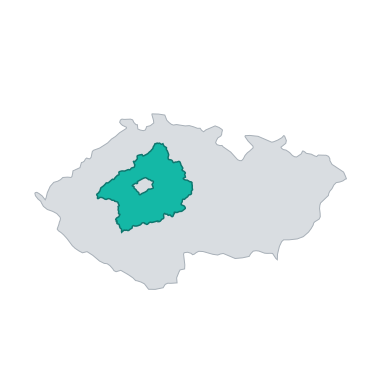 where Středočeský sits in Czechia, rotated 347°
{"feature_id": "CZE-1596", "entity_name": "Středočeský", "entity_type": "Region", "adm_level": 1, "iso_a3": "CZE", "parent_name": "Czechia", "parent_adm1": "", "projection": "mercator", "projection_center": [14.499, 50.046], "detail": "fine", "context": "in_parent", "style": "filled", "palette": "teal", "viewbox_px": 384, "rotation_deg": 347, "n_neighbors": 0, "source": "natural_earth", "source_scale": "10m", "svg_char_len": 8926}
<svg xmlns="http://www.w3.org/2000/svg" viewBox="0 0 384 384"><g transform="rotate(347 192 192)"><path d="M345.4,213.9L344.2,214.0L341.6,215.1L338.3,215.5L334.6,215.3L331.8,217.1L329.2,220.2L326.4,222.3L324.9,224.2L324.1,226.1L314.8,231.6L313.5,233.9L312.5,237.0L312.1,241.2L311.4,245.0L309.8,247.0L304.8,248.7L303.6,249.6L302.6,251.5L299.8,254.5L296.5,257.3L290.5,260.5L284.0,261.4L275.5,260.4L270.6,259.2L268.2,260.5L264.9,264.7L261.3,271.9L259.9,277.2L258.8,275.7L256.7,270.0L254.4,269.3L251.3,268.7L248.9,267.9L243.9,264.6L241.2,263.6L238.3,263.4L235.4,265.3L233.2,267.6L226.5,267.5L219.1,266.5L208.6,258.9L205.8,258.8L202.9,259.2L198.3,257.4L189.4,252.5L185.2,251.3L182.5,252.0L180.1,253.1L178.4,253.2L177.4,251.6L174.1,249.7L170.7,249.4L169.8,250.6L168.6,261.4L167.5,265.3L162.9,265.2L161.3,267.0L157.7,272.2L157.0,277.2L150.7,276.2L147.8,275.4L145.1,276.0L142.3,278.8L134.2,278.6L127.8,277.0L125.0,270.8L122.1,268.3L118.4,266.1L117.1,265.6L115.1,262.3L111.2,258.1L105.0,252.3L100.1,252.6L98.3,251.1L97.5,249.0L95.5,245.3L93.2,242.8L90.4,241.8L86.4,238.5L81.1,231.4L76.3,226.5L71.6,226.6L68.6,224.0L65.5,220.7L63.3,217.4L59.8,209.4L57.3,204.9L55.3,202.1L53.1,199.7L52.3,197.8L55.0,193.6L56.0,191.5L57.2,189.9L57.9,188.1L57.8,186.8L55.4,182.6L52.0,179.6L47.1,176.5L44.0,172.6L42.9,169.0L42.5,167.0L40.4,164.3L38.6,160.4L38.6,158.0L39.1,157.4L40.7,157.4L42.5,159.0L45.1,162.1L47.2,166.6L48.5,164.9L50.9,160.1L55.1,154.6L59.5,151.5L63.5,151.3L66.7,150.4L69.4,148.8L74.0,149.5L77.4,150.6L78.5,149.9L79.9,147.0L80.8,144.6L88.3,143.1L90.9,138.4L92.3,138.4L94.0,137.7L95.6,135.9L97.1,135.2L98.3,136.1L99.9,136.7L101.5,135.5L104.0,130.1L105.4,129.2L111.9,128.4L120.9,125.2L125.5,122.3L129.9,120.7L134.7,118.0L142.3,115.3L142.7,114.2L139.2,111.4L138.0,109.6L137.2,107.8L138.4,105.8L140.1,105.2L142.2,106.0L148.6,107.2L150.4,108.4L151.0,111.2L152.6,113.8L153.9,114.1L153.4,118.4L155.5,120.0L158.4,121.3L160.4,121.1L161.8,119.3L162.4,118.1L166.3,118.0L170.3,116.1L170.6,113.2L170.3,107.7L170.7,106.9L176.8,108.5L182.8,110.9L183.6,116.4L185.2,119.1L187.2,121.5L189.0,122.6L192.1,122.8L200.3,126.1L204.3,126.7L208.3,128.9L211.7,131.2L214.2,131.7L215.3,134.2L216.9,135.9L219.5,134.6L229.4,132.8L232.9,135.2L235.3,137.8L235.6,138.6L234.4,140.9L233.8,142.7L232.7,143.9L229.4,145.1L227.5,147.1L226.1,149.3L227.0,151.5L229.8,153.1L231.7,153.4L232.5,155.0L238.7,161.8L243.7,170.8L245.6,172.2L247.4,172.6L249.5,171.2L251.9,168.3L254.8,166.2L257.3,165.1L261.5,162.7L261.7,161.0L258.1,155.0L256.1,150.0L256.6,149.1L261.1,149.9L268.9,152.6L280.9,161.4L283.0,161.4L287.2,160.7L291.8,159.3L294.0,157.7L294.8,158.3L295.5,163.1L294.3,165.7L288.8,168.3L289.1,169.6L290.5,171.2L293.0,172.3L296.0,175.5L298.0,179.0L299.8,180.7L301.8,181.4L306.8,179.5L308.2,178.0L308.8,177.0L309.8,177.2L311.5,179.0L312.0,180.0L316.8,182.0L319.6,184.4L321.4,185.5L323.4,184.4L331.0,186.4L333.1,188.0L333.8,190.7L333.4,192.3L334.6,196.6L344.2,206.7L345.2,211.9L345.4,213.9Z" fill="#d9dde1" stroke="#a8b0b8" stroke-width="1"/><path d="M193.1,188.3L193.1,189.6L193.0,190.0L192.8,190.1L192.2,190.4L191.7,191.0L191.4,191.7L191.2,193.1L191.1,193.4L190.9,193.7L190.6,193.9L190.2,194.1L189.6,194.2L188.5,194.1L188.2,194.2L186.6,195.7L185.0,196.3L183.1,197.4L182.7,197.4L181.9,197.0L181.7,197.0L181.3,197.1L180.9,197.5L180.8,197.8L180.4,198.9L180.1,199.5L179.0,200.7L178.8,201.1L178.7,201.6L178.7,201.9L179.0,202.2L181.0,203.7L181.3,204.0L181.5,204.4L181.7,205.0L181.9,205.8L181.7,206.6L178.2,208.3L176.9,208.5L176.1,208.2L174.8,208.2L173.7,208.5L173.1,208.6L172.6,208.6L170.8,207.8L170.2,207.8L170.0,208.1L170.1,208.8L170.1,209.0L169.1,209.6L169.0,209.8L168.8,210.0L168.6,210.6L168.4,210.9L167.9,211.4L167.2,211.6L166.8,211.4L166.4,211.0L166.2,210.7L165.8,209.7L165.5,209.5L164.9,209.3L164.1,209.5L163.6,209.4L163.4,209.3L163.3,208.6L163.2,208.4L162.9,208.1L161.6,207.7L161.3,207.6L160.6,206.7L160.4,206.7L160.2,206.8L159.6,207.2L159.3,207.7L159.0,208.3L159.0,208.7L158.8,210.5L158.6,211.0L157.9,211.5L156.4,211.8L156.1,211.9L155.5,212.6L154.4,213.3L153.9,213.4L153.4,213.5L152.3,213.3L152.2,213.3L152.2,213.1L152.3,212.7L151.7,212.5L146.7,212.7L145.8,212.6L145.1,212.2L144.5,212.0L143.5,212.2L141.4,213.4L140.6,213.4L140.2,213.2L139.5,212.3L139.4,212.2L138.8,212.1L138.6,211.8L138.5,211.3L138.3,211.2L137.5,210.9L136.8,210.9L136.1,211.1L135.0,212.0L134.1,212.4L131.5,212.7L130.3,212.7L129.7,212.5L128.8,212.4L128.6,212.3L128.0,211.9L127.6,211.6L127.2,211.6L126.9,211.7L126.4,211.9L126.1,212.2L125.9,212.7L125.6,213.5L125.4,213.7L123.2,214.4L121.8,215.2L121.3,215.2L120.9,215.2L119.8,214.5L119.3,214.4L118.3,214.3L118.1,214.3L117.5,213.9L117.3,213.8L117.1,213.9L114.4,215.4L114.4,214.8L114.7,213.7L114.9,213.0L114.9,212.6L114.8,212.1L114.0,211.1L113.9,210.8L113.8,210.4L113.7,209.7L113.7,207.9L113.7,207.5L113.5,207.2L113.1,206.7L112.1,206.2L111.9,205.9L111.8,205.4L111.9,205.1L112.3,204.7L112.3,204.3L112.2,204.2L111.6,203.8L111.6,203.7L112.2,203.3L112.3,203.1L112.3,202.8L111.6,202.2L111.4,201.9L111.5,201.6L111.8,201.2L112.3,200.7L112.8,200.4L113.4,200.1L114.7,199.8L115.1,199.6L116.5,198.0L116.7,197.7L116.6,197.3L115.7,196.8L115.6,196.6L115.6,196.2L116.2,194.3L116.2,193.9L116.0,193.2L116.0,192.8L116.6,191.1L116.7,190.5L116.7,189.6L116.9,189.3L117.7,189.1L118.0,189.0L118.0,188.9L118.1,188.7L118.0,188.3L117.5,186.5L117.5,185.8L117.6,185.6L117.4,185.3L117.0,184.8L114.6,183.6L114.5,183.0L114.3,182.8L114.0,182.6L112.5,182.1L112.2,182.0L111.9,181.7L110.7,180.4L109.8,179.9L109.0,179.6L108.5,179.6L106.9,179.9L106.1,179.7L105.7,179.5L103.5,177.4L102.7,177.0L101.9,176.8L101.3,176.6L100.8,176.6L99.9,177.1L99.4,177.3L98.9,177.3L98.7,177.2L98.5,176.9L98.5,176.6L99.0,175.4L99.1,175.0L99.0,174.7L98.5,173.3L99.0,172.6L99.5,172.3L100.2,172.1L100.7,171.9L101.9,170.7L102.4,170.4L102.8,169.8L103.3,168.8L103.9,167.8L104.1,167.5L104.7,167.2L107.3,166.1L109.3,164.8L109.7,164.4L110.2,164.0L110.6,163.9L111.1,163.9L111.8,164.2L112.1,164.2L112.9,164.0L117.2,161.7L117.6,161.7L118.6,162.2L118.9,162.1L119.4,161.7L120.2,160.8L122.9,159.1L123.4,158.9L124.3,158.9L124.7,158.8L125.0,158.3L125.1,158.1L125.0,157.1L125.1,156.7L125.2,156.4L125.4,156.1L125.7,155.9L126.3,155.8L128.2,155.7L129.3,155.9L130.4,156.3L131.3,156.4L134.9,155.8L136.3,156.4L136.9,156.2L138.3,155.1L138.6,155.0L139.9,154.9L140.7,154.9L141.1,154.9L141.4,154.7L141.8,154.1L142.0,153.5L142.3,153.0L142.4,152.8L142.4,152.5L142.1,151.6L142.1,150.9L142.1,150.6L141.8,149.4L141.8,149.1L142.0,149.0L142.3,149.0L143.0,149.3L143.4,149.4L144.1,149.0L145.4,147.9L146.1,147.5L146.4,146.6L146.4,145.6L146.5,145.1L146.8,144.5L147.2,144.3L147.7,144.2L149.7,144.1L150.5,144.2L151.2,144.2L151.6,144.2L151.8,144.4L151.9,144.5L152.0,145.3L152.2,145.7L152.3,145.8L152.7,145.9L153.5,145.8L157.6,144.7L159.4,143.5L161.1,142.7L162.0,141.9L163.1,141.2L163.5,140.9L163.8,140.5L164.5,139.2L164.8,138.9L165.7,138.1L166.7,136.7L166.9,136.6L167.2,136.6L167.6,136.8L168.0,136.8L168.8,136.5L169.1,136.5L169.6,136.9L170.0,137.1L171.0,137.0L171.3,137.1L171.5,137.2L172.7,138.5L173.0,138.7L173.3,138.7L174.5,138.4L174.9,140.5L175.4,141.4L177.0,142.9L177.1,143.1L177.1,143.4L176.7,143.9L176.6,144.3L176.6,144.8L176.7,145.3L177.0,145.8L177.2,146.5L177.6,149.4L177.7,150.1L177.6,150.6L177.4,151.1L177.1,151.8L176.7,152.3L176.4,153.2L176.3,154.3L176.4,154.7L176.5,155.0L178.9,156.1L179.4,156.5L179.8,157.2L180.0,157.7L180.1,158.5L180.3,158.9L180.5,159.2L181.1,159.3L182.3,159.1L182.7,159.1L183.9,159.4L185.8,159.2L186.1,159.2L186.4,159.4L186.8,159.7L187.0,160.1L187.1,160.5L187.3,161.7L187.3,162.7L187.4,163.3L187.6,164.0L188.3,166.1L188.4,166.5L188.3,166.9L188.1,167.2L187.3,168.0L187.3,168.6L187.5,169.0L188.2,169.5L189.0,170.3L189.6,171.2L189.8,171.7L189.8,172.0L189.7,172.2L188.9,172.9L188.8,173.1L188.8,173.3L188.8,173.7L189.0,175.1L188.9,176.1L188.5,176.1L187.6,176.3L186.7,176.7L186.5,177.1L187.0,177.9L187.4,178.2L188.4,178.9L190.0,179.4L190.3,179.6L191.9,181.2L192.3,181.5L192.9,181.7L193.2,181.8L193.6,182.1L194.0,182.6L194.1,183.0L193.8,183.8L193.7,185.5L193.7,185.9L193.2,187.7L193.1,188.3ZM152.3,179.8L153.9,179.7L155.0,179.5L155.2,179.0L155.3,178.6L155.0,177.6L155.0,177.0L155.0,176.7L154.7,176.0L154.7,175.9L154.9,175.5L156.2,174.3L156.5,173.8L156.7,173.5L156.7,173.3L156.6,172.9L156.4,172.6L156.2,172.4L155.2,172.1L154.9,171.9L154.6,171.5L154.1,170.8L153.9,170.6L152.4,170.1L152.2,169.8L152.0,169.3L151.8,169.1L151.3,168.7L150.5,167.9L150.3,167.7L149.5,167.5L147.3,167.8L141.3,169.5L141.1,169.6L141.0,169.8L140.9,170.1L141.1,170.8L141.0,171.0L140.8,171.2L140.6,171.3L140.3,171.4L140.1,171.4L139.0,170.9L138.4,170.9L136.3,171.7L135.4,172.2L135.2,172.4L135.2,172.6L135.4,172.9L136.3,173.4L136.7,173.8L136.7,174.0L136.4,174.9L136.5,175.3L137.9,177.1L138.1,177.5L138.3,178.4L138.5,178.8L139.8,180.4L140.0,180.9L139.9,182.1L140.0,182.5L140.2,182.8L140.9,183.0L142.8,182.2L146.1,181.6L148.1,180.9L148.4,180.8L149.0,180.2L149.8,179.6L150.2,179.5L150.6,179.4L151.5,179.7L152.3,179.8Z" fill="#14b8a6" stroke="#0f766e" stroke-width="1.5"/></g></svg>